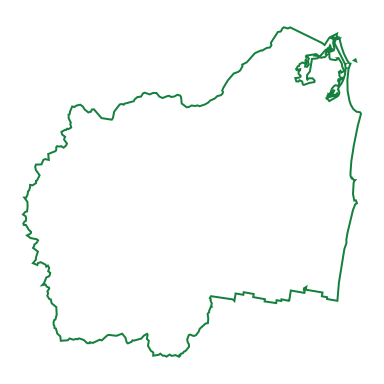 Tweed, New South Wales, Australia
{"feature_id": "25037944B14398404968325", "entity_name": "Tweed", "entity_type": "district", "adm_level": 2, "iso_a3": "AUS", "parent_name": "Australia", "parent_adm1": "New South Wales", "projection": "natural_earth1", "projection_center": [153.453, -28.35], "detail": "fine", "context": "isolated", "style": "outline", "palette": "green", "viewbox_px": 384, "rotation_deg": 0, "n_neighbors": 0, "source": "geoboundaries", "source_scale": "gbopen_adm2", "svg_char_len": 5766}
<svg xmlns="http://www.w3.org/2000/svg" viewBox="0 0 384 384"><path d="M337.4,300.8L338.9,282.8L344.4,248.9L346.4,243.2L346.4,239.2L347.5,232.8L353.0,209.9L355.2,204.4L357.0,203.2L355.8,200.3L354.3,200.6L353.0,194.2L353.6,183.2L354.1,181.4L355.2,180.1L353.8,180.0L352.2,178.0L351.9,178.5L351.3,177.9L350.5,175.7L350.5,172.6L351.3,161.4L353.8,145.6L357.7,126.1L361.0,113.7L360.1,112.3L356.5,111.7L353.4,109.2L350.9,105.0L349.5,100.9L347.6,90.9L347.4,80.0L348.5,69.2L350.5,63.6L349.2,63.3L347.3,60.6L343.8,53.5L341.4,46.4L339.6,39.0L339.9,38.5L335.5,39.6L334.5,43.2L345.0,63.9L345.6,63.9L345.1,64.3L345.6,68.3L346.1,68.3L345.6,68.6L345.0,74.4L343.3,79.8L341.5,83.5L338.2,88.1L338.3,89.6L339.2,90.0L338.3,90.0L339.4,92.3L338.8,94.7L337.6,96.3L329.3,101.1L327.9,99.3L326.5,98.6L326.5,97.8L331.2,96.6L327.3,97.4L327.5,96.4L329.1,96.2L327.6,95.6L328.2,94.7L330.3,96.2L329.0,94.2L331.1,94.8L332.5,91.8L333.3,92.3L331.5,95.1L331.4,95.8L331.7,96.5L335.0,95.8L337.3,93.8L337.1,93.3L335.1,95.4L334.3,94.8L331.6,95.9L334.2,90.5L333.7,90.3L332.3,91.1L330.5,93.7L329.6,93.5L330.7,92.4L331.8,88.8L334.0,86.1L335.6,85.2L337.7,85.8L338.6,85.3L340.1,79.5L338.6,81.6L338.0,80.8L338.5,79.2L341.4,79.3L342.2,77.8L340.6,77.8L339.2,75.2L339.5,74.1L338.8,72.1L340.5,70.8L341.3,72.6L343.7,71.4L343.7,70.2L342.1,66.1L341.9,63.7L338.5,58.1L337.5,58.2L337.9,58.5L337.4,59.3L335.5,60.1L330.4,59.3L329.4,57.6L329.4,54.0L326.9,50.3L325.7,54.0L327.1,54.7L325.0,57.0L321.0,57.7L319.6,57.2L317.0,58.4L312.0,58.9L309.9,71.5L307.1,75.0L307.0,79.1L307.4,79.7L308.8,78.3L312.5,78.3L314.6,80.5L314.4,82.1L309.5,82.9L303.9,84.9L302.8,84.4L302.3,81.8L301.5,81.0L299.4,80.3L298.6,81.5L296.4,81.4L295.3,78.1L299.2,77.6L300.6,76.6L300.6,75.7L298.7,74.1L298.5,71.6L300.0,70.4L300.2,69.2L295.8,70.2L296.6,69.7L296.1,69.0L296.8,68.6L297.6,66.4L299.2,65.8L299.5,64.2L302.5,62.5L306.0,63.9L305.4,61.1L305.8,59.1L306.4,63.9L305.4,64.7L305.1,66.6L307.1,66.8L308.8,64.5L307.9,60.8L308.9,58.7L307.5,56.6L306.1,58.5L306.4,57.1L305.9,56.2L306.4,55.6L316.1,54.1L317.4,55.0L315.1,55.0L314.6,55.6L320.0,56.3L325.7,49.8L327.2,49.3L327.9,48.1L330.0,47.6L330.5,46.4L329.7,46.0L330.0,45.4L330.7,46.7L330.6,48.3L331.9,48.8L332.2,49.9L330.9,50.5L329.3,49.5L330.0,48.8L330.5,49.8L331.3,49.6L329.9,48.1L328.5,48.5L327.7,49.9L330.2,51.8L333.7,50.5L334.4,48.4L333.1,42.9L333.7,39.3L331.4,38.2L332.4,37.1L335.3,37.9L336.7,37.2L337.7,37.6L339.7,37.3L337.4,37.2L336.6,35.3L337.0,33.7L329.4,37.6L324.6,45.0L322.1,43.0L290.2,27.4L287.9,28.5L283.9,27.3L282.5,28.3L280.8,31.5L277.9,32.0L276.7,33.8L270.9,42.8L271.4,45.5L269.9,47.5L266.8,47.9L262.0,50.7L261.0,50.4L254.9,53.2L246.8,62.3L242.2,64.6L242.5,66.2L240.2,70.4L238.2,71.9L233.7,73.5L227.9,80.3L223.3,87.9L222.2,90.6L223.0,92.1L222.4,93.8L220.9,95.2L217.3,96.1L214.8,98.5L210.1,100.6L208.2,102.6L204.8,104.5L199.6,106.2L197.3,105.4L195.2,106.0L191.5,105.5L189.0,106.9L186.7,107.3L181.7,103.5L181.1,97.3L180.2,95.6L177.3,94.8L174.6,96.4L171.1,97.0L169.4,95.9L167.7,96.0L162.5,98.0L159.4,96.6L156.5,93.0L153.2,92.9L149.7,94.4L144.8,92.7L143.1,93.3L141.0,96.6L137.4,97.1L134.7,99.3L133.8,101.2L124.2,103.8L123.7,104.7L121.5,104.0L119.7,104.5L114.2,111.6L113.0,117.8L111.8,119.7L101.5,118.1L93.9,109.3L91.8,109.6L90.9,111.7L88.3,112.4L84.7,109.5L82.8,106.5L80.3,104.7L76.4,105.6L74.4,107.0L72.2,106.5L70.1,111.4L69.6,114.3L68.6,114.6L68.7,118.4L70.8,122.6L70.3,124.0L71.2,127.5L68.3,129.2L67.2,128.7L66.0,130.0L65.1,129.8L61.4,131.9L62.1,134.5L65.1,136.8L64.1,139.0L64.3,140.0L67.0,143.6L66.0,145.6L63.6,147.7L61.1,146.1L60.0,146.6L57.1,146.2L56.3,147.1L56.2,150.1L55.5,151.1L48.2,154.0L48.8,159.9L45.2,159.1L43.4,159.8L41.5,164.4L35.9,164.6L35.2,166.7L35.8,169.9L39.6,175.3L37.1,180.4L36.0,180.8L36.1,183.0L32.7,185.3L30.1,184.9L30.1,186.7L29.2,190.2L28.0,191.5L27.6,194.6L26.1,197.6L24.3,197.6L27.4,201.8L27.6,206.3L27.1,211.4L25.3,211.9L23.0,214.5L25.7,216.3L26.1,218.7L25.8,220.9L24.5,221.6L23.3,223.7L23.9,225.0L25.9,225.0L28.9,229.9L31.0,231.8L31.0,232.9L29.7,234.1L27.0,235.4L30.6,238.1L36.6,239.2L38.1,240.3L36.7,242.8L34.3,244.6L34.1,246.2L33.0,247.9L37.9,251.6L35.9,257.6L35.9,259.6L32.9,263.2L37.3,265.0L37.9,263.1L40.7,262.2L45.6,264.7L46.3,266.7L47.9,265.6L49.2,267.9L48.2,271.3L50.2,272.8L49.7,275.3L48.6,276.6L46.4,277.3L44.0,283.3L42.3,285.1L45.5,284.5L46.7,286.6L49.1,287.7L49.2,288.6L47.4,291.4L48.1,293.2L47.3,295.8L49.4,299.1L50.8,299.4L51.7,303.3L56.3,307.1L56.7,314.7L55.4,319.5L54.2,320.1L53.5,322.7L53.7,325.0L54.3,325.7L54.5,328.0L55.9,328.5L57.3,333.6L60.3,336.3L60.8,340.8L67.7,340.3L69.6,338.5L73.4,339.7L76.2,338.9L77.4,339.3L79.0,338.4L83.7,339.9L87.2,343.2L89.7,343.2L89.8,342.3L92.9,342.9L99.7,339.7L101.7,340.4L107.4,335.3L108.9,334.9L116.4,335.8L122.1,333.7L125.3,337.4L126.8,342.6L127.9,343.4L131.7,341.7L132.5,340.3L133.9,340.6L141.3,338.6L143.8,335.7L147.0,333.8L147.6,334.7L146.9,338.9L148.8,340.8L148.0,345.8L150.8,350.7L153.3,352.5L153.2,355.7L158.7,354.8L160.3,353.7L162.8,355.7L164.7,355.7L166.6,356.6L169.5,354.6L171.8,355.9L175.5,355.1L178.9,356.7L179.4,355.1L180.1,355.7L181.2,353.6L182.9,353.2L183.8,351.8L185.6,350.9L189.0,346.8L188.9,344.2L187.7,342.3L187.2,339.4L188.8,335.1L190.3,334.6L193.6,336.0L196.0,335.2L198.7,331.6L199.8,328.7L205.5,323.6L207.9,323.1L208.3,318.9L207.6,313.8L209.1,312.3L209.2,310.7L210.7,307.1L211.8,306.8L211.2,305.8L211.8,303.4L210.5,300.5L210.8,299.2L209.8,298.2L211.0,296.2L232.8,299.4L234.4,301.0L235.6,293.5L243.3,294.8L243.7,292.2L253.7,294.0L253.2,297.1L264.9,299.2L264.6,301.4L276.2,303.1L276.6,300.2L281.3,301.0L281.5,299.3L288.5,300.8L288.6,300.1L289.3,300.2L290.8,290.5L304.4,292.9L304.7,291.7L303.8,289.9L304.0,288.3L306.3,286.9L305.8,289.7L322.5,292.5L321.9,296.3L327.1,297.2L327.0,299.0L337.4,300.8ZM356.1,61.3L355.5,59.4L354.0,60.4L356.1,61.3Z" fill="none" stroke="#15803d" stroke-width="2"/></svg>